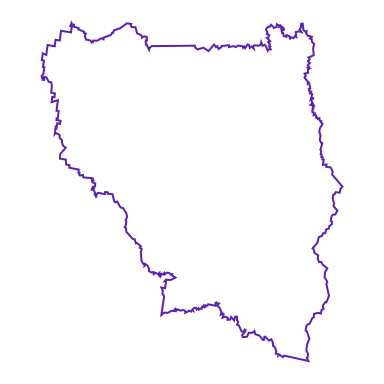 Armidale, New South Wales, Australia (Equal Earth projection)
{"feature_id": "25037944B44637712818530", "entity_name": "Armidale", "entity_type": "district", "adm_level": 2, "iso_a3": "AUS", "parent_name": "Australia", "parent_adm1": "New South Wales", "projection": "equal_earth", "projection_center": [152.07, -30.435], "detail": "fine", "context": "isolated", "style": "outline", "palette": "violet", "viewbox_px": 384, "rotation_deg": 0, "n_neighbors": 0, "source": "geoboundaries", "source_scale": "gbopen_adm2", "svg_char_len": 5825}
<svg xmlns="http://www.w3.org/2000/svg" viewBox="0 0 384 384"><path d="M308.4,361.0L306.8,357.6L307.8,356.8L307.9,353.4L306.3,350.4L307.1,344.4L309.4,338.9L306.9,331.4L305.6,330.5L306.2,326.6L307.4,324.5L309.6,323.8L312.3,318.1L313.9,317.2L313.9,313.9L318.1,312.8L320.8,313.6L321.6,310.0L323.6,308.9L322.8,305.9L325.3,302.1L326.3,302.3L329.0,295.9L326.4,284.1L327.3,281.9L324.5,277.0L325.1,272.1L327.3,268.4L322.5,264.5L321.2,261.9L319.0,262.1L317.7,258.3L318.2,255.3L314.5,252.9L313.7,249.3L312.6,248.4L317.3,242.9L318.8,237.1L322.0,235.8L323.1,233.3L325.4,233.2L326.0,229.6L328.8,228.5L329.3,226.2L331.8,224.2L332.1,221.8L330.7,220.8L331.6,216.0L333.3,214.5L335.3,214.5L337.4,210.6L333.5,206.2L334.1,203.7L332.6,198.2L333.2,194.8L334.4,194.5L335.7,192.1L339.6,192.7L340.3,189.3L342.4,186.6L332.1,174.4L332.7,171.5L330.6,167.4L326.2,166.8L326.5,164.5L322.9,164.9L323.7,159.8L322.3,159.5L322.8,157.5L321.3,157.0L321.7,154.9L320.7,154.3L321.1,151.2L320.4,149.8L322.3,143.2L321.0,142.7L319.8,140.0L320.5,135.5L319.3,131.7L320.0,128.0L322.6,123.9L320.9,122.0L321.2,121.1L319.7,120.6L319.4,118.2L317.8,118.9L317.3,117.5L316.3,117.8L316.0,115.4L314.5,115.3L314.7,114.2L313.7,114.9L313.8,112.5L312.4,112.2L312.2,110.5L313.2,109.3L312.6,108.5L313.5,107.6L312.9,106.4L314.1,105.8L313.1,104.3L312.2,105.5L310.5,104.8L312.6,102.9L311.4,100.8L312.1,98.6L314.0,98.8L312.1,97.6L311.0,98.7L312.2,94.1L310.6,93.0L309.2,93.9L311.1,91.6L309.0,90.7L308.9,88.9L310.3,88.6L309.3,83.6L308.6,82.5L307.8,83.4L307.8,81.8L304.5,77.5L305.8,75.8L304.6,73.6L308.2,72.7L307.7,70.0L308.7,69.1L307.8,67.9L309.7,67.9L307.7,65.2L309.8,63.0L307.9,61.3L309.6,59.4L308.4,57.5L313.7,55.3L313.1,48.4L314.1,44.1L311.9,41.7L311.8,39.2L310.0,38.6L311.8,36.8L307.7,35.7L306.2,33.2L306.5,31.2L305.2,31.7L303.4,30.0L302.7,23.6L301.1,23.8L300.9,27.8L299.6,29.4L301.3,32.1L298.9,31.3L295.7,32.1L296.3,37.1L294.9,36.2L293.4,38.2L290.6,37.1L290.1,39.5L289.5,36.4L287.4,35.2L286.2,35.3L286.3,36.8L283.7,36.0L283.1,33.1L282.2,33.2L281.6,31.1L283.9,29.7L283.7,28.3L282.7,27.5L281.1,30.1L281.8,26.9L279.3,26.9L280.9,24.7L279.3,25.8L276.9,24.3L276.5,26.9L274.0,27.9L271.1,24.8L269.6,26.8L268.1,26.7L266.0,29.3L267.5,32.8L266.8,34.0L269.3,35.3L268.2,37.8L267.1,37.9L270.2,41.2L268.2,42.1L269.9,44.1L269.3,45.1L270.3,46.3L269.3,46.8L270.7,49.3L268.5,49.6L267.8,50.8L266.1,46.5L264.7,44.8L262.6,45.8L261.2,42.2L260.6,44.6L258.9,45.7L254.1,45.3L253.1,46.6L253.6,48.4L251.6,46.5L250.0,48.0L248.9,44.9L247.5,44.5L245.1,48.2L244.2,46.5L243.1,47.7L242.5,46.2L238.2,45.6L235.7,47.1L233.5,46.1L229.0,47.1L228.9,45.2L221.6,46.0L221.5,47.1L218.6,49.0L217.3,46.2L216.0,47.2L214.0,44.5L208.5,51.1L203.4,47.7L197.6,49.4L195.1,47.6L194.8,45.7L151.8,46.1L149.7,47.8L149.1,49.9L146.8,45.0L145.1,44.5L146.4,44.4L145.6,42.1L145.8,40.5L146.9,40.5L146.8,37.0L144.2,36.3L142.0,37.7L141.5,35.4L137.1,33.3L135.4,27.2L131.7,27.1L130.7,25.1L131.2,24.0L127.0,23.3L120.5,28.1L113.8,30.4L113.1,32.8L112.2,32.7L110.8,35.0L103.8,37.5L103.5,39.3L101.4,38.2L97.3,40.7L93.1,40.6L92.9,42.2L91.9,42.6L90.1,40.4L85.9,39.5L84.9,35.8L85.8,33.6L84.0,33.0L84.1,31.8L78.4,29.4L78.6,28.0L73.7,26.6L73.9,24.7L72.1,24.4L71.5,23.0L70.3,26.2L71.8,26.5L71.0,32.4L61.0,30.8L59.8,40.5L55.6,39.8L54.7,46.3L47.6,45.0L46.3,54.9L42.8,53.3L41.9,60.2L44.0,60.6L42.9,66.9L44.4,67.2L43.3,74.0L41.6,76.0L41.9,77.5L42.9,77.4L42.6,79.8L44.0,80.0L44.4,77.0L46.5,77.4L48.7,81.8L51.1,82.2L51.9,85.4L51.2,92.7L54.9,93.4L54.4,97.3L52.3,96.9L51.6,102.1L57.9,100.2L56.5,110.8L58.7,111.1L57.7,118.6L56.6,118.4L56.4,120.0L60.5,120.8L60.1,123.9L57.2,123.3L56.6,128.0L55.7,127.0L54.7,134.1L55.7,133.0L59.6,134.9L59.6,138.0L62.0,140.1L61.9,142.7L63.1,145.8L65.7,147.7L60.1,154.3L60.0,158.6L65.7,159.6L66.3,164.6L69.6,165.2L69.3,167.7L78.8,169.6L78.4,172.7L79.5,173.0L79.2,174.6L80.2,175.6L82.9,174.9L83.3,177.4L92.6,178.2L93.4,180.2L92.0,180.0L92.4,182.4L95.2,183.4L95.1,186.4L93.2,186.8L93.7,188.1L92.3,188.0L91.7,189.8L93.3,189.8L94.3,191.3L95.6,194.0L93.8,194.2L95.4,194.7L96.2,197.6L96.6,194.3L98.0,192.8L104.8,194.1L105.1,192.0L107.9,192.4L107.8,193.7L112.4,194.2L114.2,201.3L115.2,202.3L117.1,201.5L120.5,207.5L123.1,208.1L126.4,213.3L127.1,217.2L125.6,220.2L126.3,221.0L126.0,224.8L124.7,227.3L126.0,228.1L126.3,231.8L133.1,239.2L134.7,239.2L135.9,243.4L137.2,243.1L140.8,246.2L139.8,247.8L141.7,249.0L140.8,252.2L141.5,260.6L143.0,263.7L144.5,263.8L144.4,265.9L145.9,264.4L147.6,265.8L149.2,269.2L148.9,271.0L151.1,272.4L153.6,272.0L153.7,274.1L155.4,272.8L158.2,274.1L159.1,273.2L158.9,275.2L159.9,276.4L160.3,273.0L161.1,275.1L161.7,273.8L163.2,274.5L164.3,272.9L164.9,274.3L166.7,272.7L169.1,272.9L170.8,274.7L172.3,274.1L172.4,275.7L175.4,277.6L170.7,280.0L166.0,279.6L164.9,281.0L166.1,280.7L165.1,288.2L161.4,287.5L162.8,290.8L162.4,293.1L164.1,296.5L161.4,315.0L164.4,312.5L167.7,312.9L171.6,310.8L175.3,311.2L174.6,309.4L175.6,308.6L176.8,310.3L178.0,309.4L179.7,310.5L183.8,310.1L185.3,311.2L185.3,312.8L189.4,310.7L191.1,311.6L192.2,309.9L193.1,310.6L192.7,309.2L194.3,307.9L195.9,307.7L196.7,309.6L198.3,308.3L199.0,309.6L200.4,308.4L201.6,308.8L202.3,306.5L204.0,307.2L204.0,306.0L205.1,306.5L204.8,305.3L207.5,305.7L208.1,304.3L215.5,305.7L215.5,303.2L216.8,301.8L216.3,303.3L218.9,303.5L217.4,305.6L219.8,308.1L221.4,312.1L220.8,314.6L222.9,313.5L223.7,314.2L222.6,317.6L225.4,316.7L227.7,317.7L227.4,319.8L230.1,319.7L231.1,317.0L234.1,320.5L235.1,316.8L237.0,316.7L237.0,320.1L238.2,322.0L237.0,324.9L239.0,325.6L241.5,331.3L243.8,331.9L244.8,329.5L245.5,329.8L245.1,331.7L242.1,335.2L242.9,337.2L247.0,336.7L248.7,332.9L252.7,332.7L254.4,331.1L255.3,334.2L259.4,335.6L263.0,340.0L264.1,339.8L264.2,337.1L265.1,336.6L269.1,340.6L271.3,339.3L272.8,342.3L273.1,345.9L274.5,346.7L276.3,350.9L275.7,353.6L278.6,354.2L278.3,355.6L279.5,354.7L282.8,357.1L284.1,355.6L308.4,361.0Z" fill="none" stroke="#5b21b6" stroke-width="2"/></svg>